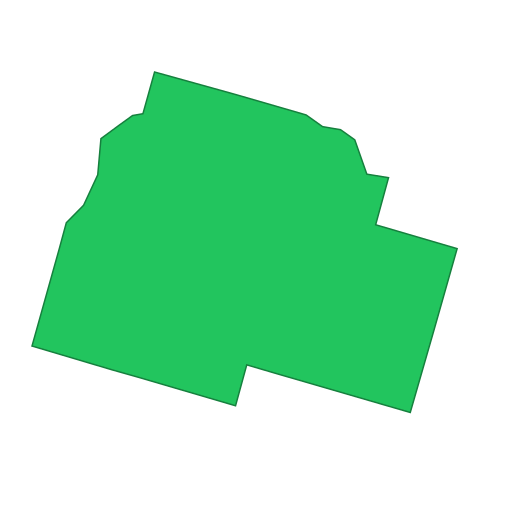 Lincoln, Louisiana, United States of America, rotated 16°
{"feature_id": "52423323B73222976979842", "entity_name": "Lincoln", "entity_type": "district", "adm_level": 2, "iso_a3": "USA", "parent_name": "United States of America", "parent_adm1": "Louisiana", "projection": "orthographic", "projection_center": [-92.669, 32.606], "detail": "fine", "context": "isolated", "style": "filled", "palette": "green", "viewbox_px": 512, "rotation_deg": 16, "n_neighbors": 0, "source": "geoboundaries", "source_scale": "gbopen_adm2", "svg_char_len": 498}
<svg xmlns="http://www.w3.org/2000/svg" viewBox="0 0 512 512"><g transform="rotate(16 256 256)"><path d="M447.4,363.9L447.5,285.8L447.5,278.6L447.3,193.5L362.4,193.0L361.8,144.2L340.0,146.8L318.9,117.1L302.5,111.3L284.3,113.3L265.3,106.6L192.4,106.4L107.8,107.1L108.1,150.4L98.6,155.0L88.4,168.0L74.6,185.9L81.5,221.6L76.3,254.7L64.5,276.3L64.9,303.3L65.5,404.3L149.6,405.1L174.2,405.0L277.6,405.6L277.1,363.2L307.5,363.4L447.4,363.9Z" fill="#22c55e" stroke="#15803d" stroke-width="1.5"/></g></svg>